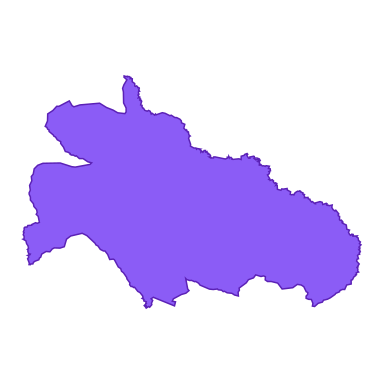 the district of Chinsali, Muchinga, Zambia, rotated 90°
{"feature_id": "96606910B49575738019753", "entity_name": "Chinsali", "entity_type": "district", "adm_level": 2, "iso_a3": "ZMB", "parent_name": "Zambia", "parent_adm1": "Muchinga", "projection": "robinson", "projection_center": [32.159, -10.298], "detail": "fine", "context": "isolated", "style": "filled", "palette": "violet", "viewbox_px": 384, "rotation_deg": 90, "n_neighbors": 0, "source": "geoboundaries", "source_scale": "gbopen_adm2", "svg_char_len": 6008}
<svg xmlns="http://www.w3.org/2000/svg" viewBox="0 0 384 384"><g transform="rotate(90 192 192)"><path d="M308.1,237.8L306.5,235.3L307.2,234.3L304.7,232.2L303.2,232.5L300.4,231.3L298.8,232.9L297.3,230.7L305.9,209.5L301.8,208.5L301.2,211.7L298.8,210.6L294.5,202.6L293.2,198.1L290.6,195.0L289.0,196.3L278.5,198.3L279.5,197.3L280.5,194.4L280.4,192.4L281.7,189.4L281.5,188.2L283.2,185.4L285.1,184.0L289.1,174.6L289.5,170.8L289.0,166.5L289.8,165.8L290.2,162.4L291.6,160.8L291.3,159.5L292.8,156.9L293.3,152.1L295.0,149.5L296.0,145.6L292.2,145.9L290.2,144.6L288.1,144.9L282.8,137.7L279.7,135.6L277.9,130.5L274.9,128.3L276.5,123.0L275.9,120.5L276.7,118.6L279.9,118.8L281.5,116.5L281.5,112.8L283.1,106.3L289.0,101.9L287.7,91.2L284.4,86.7L285.0,82.8L286.7,80.2L291.7,77.8L292.5,76.2L294.5,76.4L296.1,77.9L298.3,77.9L299.3,75.5L299.5,72.6L303.4,71.1L306.1,71.6L306.5,69.4L303.3,65.8L302.1,61.6L300.2,60.5L299.2,56.5L297.8,53.7L294.4,48.9L293.4,48.3L291.8,44.5L290.5,44.1L289.4,41.4L289.5,39.3L285.0,37.3L284.0,32.8L280.2,32.9L279.7,31.5L277.0,30.2L275.5,28.2L274.7,28.4L274.5,27.5L272.8,27.7L272.0,25.4L271.1,26.3L269.1,26.1L267.4,27.0L266.9,25.9L266.3,26.3L264.0,24.8L261.1,27.4L259.2,26.9L258.7,25.5L255.5,26.5L254.3,25.3L254.3,24.4L252.6,24.6L251.8,23.7L250.1,24.8L250.3,24.2L248.9,24.5L248.1,24.0L247.9,24.8L247.1,25.0L244.8,23.0L243.7,24.6L242.0,23.6L240.4,25.5L237.9,25.9L236.7,27.6L235.9,26.9L236.2,31.1L235.3,31.6L235.5,30.5L234.4,30.9L234.2,32.3L235.3,33.5L234.2,34.6L232.2,35.5L230.1,34.5L229.2,37.2L225.0,37.7L223.1,41.7L222.5,41.9L222.6,41.1L221.6,41.3L220.1,42.7L220.4,43.8L219.7,44.5L216.4,44.4L215.9,45.6L214.9,45.9L213.9,45.2L210.2,48.2L211.0,49.0L209.6,51.0L207.3,52.2L205.0,51.8L205.7,54.9L205.2,55.5L205.4,56.8L204.9,57.4L203.9,56.9L203.3,57.7L204.5,61.2L202.3,61.8L201.6,64.0L203.0,69.0L203.7,68.7L203.6,69.3L201.6,71.5L202.0,72.5L200.2,74.0L199.3,74.0L198.8,75.7L197.4,76.0L197.7,79.6L196.4,79.4L195.0,80.2L194.5,79.7L194.0,81.2L192.9,81.0L191.9,83.4L191.4,83.3L190.8,84.2L191.3,84.9L191.2,86.5L192.7,88.9L194.9,90.1L194.4,90.9L194.8,92.4L194.4,93.8L191.8,93.4L190.0,96.7L188.5,96.9L189.1,100.6L188.9,102.3L190.3,103.1L189.3,106.6L185.3,106.8L184.9,107.2L185.3,108.2L183.5,107.2L182.8,108.5L183.4,109.2L182.9,109.8L181.5,110.8L180.9,110.5L179.7,111.7L180.4,113.9L179.5,114.1L179.4,115.0L178.7,114.3L174.9,116.5L173.9,114.9L172.3,114.4L171.6,115.1L170.8,113.5L168.7,113.9L168.5,115.6L166.2,114.6L165.7,118.0L166.4,118.8L165.8,120.0L165.9,121.8L164.4,123.3L165.2,123.8L165.1,124.7L162.0,124.5L161.6,126.0L161.0,124.8L160.6,125.8L159.8,125.7L160.0,124.1L158.9,124.7L158.1,126.8L159.6,127.2L159.9,128.1L158.6,129.8L158.0,128.6L157.8,129.8L156.5,129.7L156.2,130.3L157.0,134.2L158.2,134.1L158.1,135.5L155.0,137.3L154.3,136.3L153.5,136.9L154.3,139.1L155.4,140.0L156.2,142.8L159.5,142.9L158.8,145.1L159.4,151.1L159.1,152.2L158.6,151.9L157.4,153.0L157.7,154.1L157.2,154.6L157.7,154.8L156.4,155.3L157.3,155.5L157.2,156.7L158.1,156.6L159.0,158.6L156.9,169.0L157.0,170.4L157.9,170.5L158.0,173.3L157.1,174.6L157.1,173.4L156.6,174.0L155.9,173.4L154.5,174.2L154.0,175.9L153.4,175.5L152.6,177.0L151.6,177.0L152.0,178.4L150.5,178.5L150.5,179.9L152.3,181.1L151.2,182.1L152.1,183.1L150.5,183.1L149.6,184.2L149.1,183.4L148.5,186.7L149.2,187.5L148.0,188.0L148.0,190.1L146.1,193.6L144.3,193.4L138.4,195.4L136.4,194.7L136.0,193.8L134.7,195.2L131.9,195.6L131.9,196.6L129.9,197.4L130.4,198.0L128.2,200.2L124.3,199.2L122.8,202.5L120.8,202.7L119.2,204.1L117.6,207.3L117.5,209.2L115.2,212.8L115.7,214.1L113.3,218.9L112.7,221.7L114.8,227.9L114.0,228.5L115.1,229.4L113.2,232.0L114.0,232.8L111.3,233.8L110.4,235.4L111.2,236.8L110.3,239.3L108.2,240.5L108.1,241.2L106.4,242.1L105.4,241.9L104.9,243.4L101.2,242.3L100.1,243.1L100.6,243.6L100.0,244.3L99.0,243.5L98.4,244.2L97.3,244.2L97.8,245.7L96.4,245.1L95.0,246.0L94.1,245.0L93.1,245.6L91.2,245.4L91.2,244.5L89.7,245.3L88.8,244.7L87.8,244.9L87.6,246.3L86.7,246.4L85.9,247.4L86.4,248.5L86.0,249.2L83.5,249.3L81.7,251.8L78.8,251.7L78.7,252.8L77.9,253.0L78.4,253.8L77.3,253.7L76.5,255.0L76.6,256.0L77.3,255.8L76.2,256.8L76.6,257.8L75.9,259.9L77.2,260.0L79.8,257.1L84.8,260.1L88.4,261.4L91.9,260.6L103.0,260.4L108.0,257.9L111.9,257.9L113.6,259.1L112.8,266.3L110.1,270.9L107.5,277.5L103.2,284.4L104.9,304.0L106.8,310.1L105.7,311.9L100.9,314.7L106.3,325.0L106.3,327.3L110.5,331.1L113.9,336.3L121.0,336.5L126.4,338.8L127.4,337.1L129.1,336.4L130.0,335.0L131.5,334.9L135.0,330.7L136.2,330.1L137.0,328.5L139.8,326.7L141.6,323.3L143.5,323.3L147.2,320.5L151.5,318.7L152.2,316.0L153.5,313.8L154.4,313.9L155.1,312.3L155.1,310.7L156.2,308.7L155.8,307.7L158.6,304.6L158.6,300.9L161.8,296.2L162.8,292.4L164.4,294.0L167.1,308.8L166.7,312.2L163.0,323.8L163.3,341.1L165.3,346.3L168.8,349.8L174.2,350.8L176.5,352.7L180.8,352.2L185.4,354.4L190.2,353.7L192.8,354.9L194.4,354.8L197.0,353.6L200.1,353.6L203.7,350.6L206.5,350.1L209.6,347.4L212.5,346.8L214.3,347.8L216.3,345.8L222.4,344.6L223.3,346.7L222.7,348.4L224.5,352.2L225.2,352.3L225.5,356.2L227.1,357.0L227.1,359.0L228.0,359.9L229.8,359.8L231.9,360.7L232.5,360.0L234.8,360.8L236.1,359.9L238.8,359.9L239.2,361.0L240.8,358.1L243.7,357.4L245.8,356.0L248.3,355.5L249.5,356.6L249.8,356.0L251.6,356.1L253.9,355.2L254.1,353.7L254.7,354.0L255.4,356.3L255.8,355.5L257.3,355.3L258.7,356.4L263.2,354.7L264.6,355.0L264.7,353.7L264.0,353.3L263.9,351.1L262.4,350.6L261.2,349.0L259.8,345.2L258.0,344.5L257.2,343.3L254.1,342.3L251.5,337.9L251.8,334.1L248.9,331.7L247.9,329.6L248.1,324.0L246.7,319.7L239.2,317.5L236.0,313.3L233.3,301.8L235.6,297.1L243.3,288.9L244.9,288.1L245.9,286.1L249.4,283.7L251.0,280.5L251.0,279.0L254.5,276.3L259.5,274.3L259.1,270.8L259.7,269.6L267.0,265.7L268.6,263.3L271.2,262.5L272.8,260.5L277.3,257.4L279.0,257.0L282.9,254.1L284.7,254.4L286.5,253.0L286.5,251.6L287.5,250.5L287.3,249.4L291.4,246.2L292.6,244.0L296.0,241.3L297.8,241.0L298.4,241.9L299.4,240.1L300.9,240.2L301.8,237.7L303.2,238.2L303.5,237.7L305.6,239.8L306.3,239.1L305.7,237.9L306.4,237.5L307.0,238.5L308.1,237.8Z" fill="#8b5cf6" stroke="#5b21b6" stroke-width="1.5"/></g></svg>